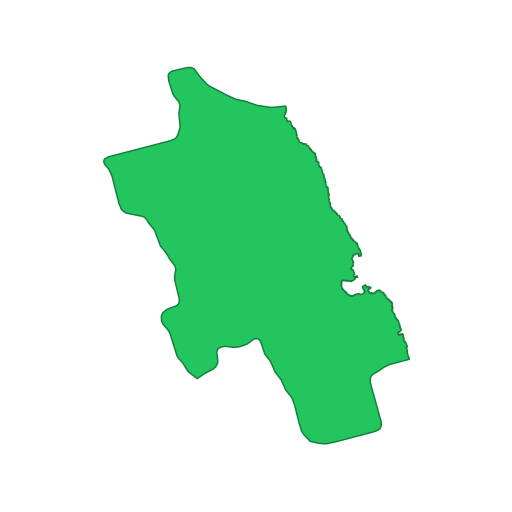 the district of San Pedro de Macorís, San Pedro de Macorís, Dominican Republic, rotated 255°
{"feature_id": "3306468B30679779198976", "entity_name": "San Pedro de Macorís", "entity_type": "district", "adm_level": 2, "iso_a3": "DOM", "parent_name": "Dominican Republic", "parent_adm1": "San Pedro de Macorís", "projection": "natural_earth1", "projection_center": [-69.289, 18.484], "detail": "fine", "context": "isolated", "style": "filled", "palette": "green", "viewbox_px": 512, "rotation_deg": 255, "n_neighbors": 0, "source": "geoboundaries", "source_scale": "gbopen_adm2", "svg_char_len": 6158}
<svg xmlns="http://www.w3.org/2000/svg" viewBox="0 0 512 512"><g transform="rotate(255 256 256)"><path d="M152.8,167.5L155.9,176.4L157.8,185.2L159.5,188.5L162.0,190.9L164.2,191.9L173.6,193.3L175.6,194.6L176.7,196.7L177.1,199.0L176.8,202.7L173.2,211.7L172.6,217.6L173.3,224.9L176.2,232.2L176.2,234.4L175.4,236.5L173.6,237.9L171.4,238.4L159.0,239.1L150.4,242.7L138.7,244.5L130.1,248.2L118.5,250.1L111.2,253.4L108.7,254.1L101.9,254.7L82.4,254.4L75.5,254.7L71.6,255.7L62.9,260.4L58.4,269.1L56.5,274.8L55.9,284.4L55.7,323.6L56.1,328.0L56.9,330.6L57.7,331.7L59.9,333.2L63.6,334.0L101.4,333.6L105.4,333.9L109.0,335.1L110.0,336.0L111.4,338.2L113.2,344.7L115.7,351.4L116.6,357.5L116.6,377.1L118.0,377.1L118.0,377.6L118.4,377.6L118.4,377.1L124.6,377.1L124.6,377.6L128.8,377.6L128.8,378.2L129.8,378.2L129.8,378.7L134.0,378.2L134.0,377.6L135.0,377.6L135.0,377.1L137.8,377.1L137.8,377.6L140.7,377.6L140.7,377.1L141.6,377.1L141.6,377.6L142.5,377.6L142.5,377.1L143.0,377.1L143.0,374.8L142.5,374.8L142.5,373.7L143.0,373.7L143.0,373.2L144.9,373.2L144.9,373.7L145.4,373.7L145.4,374.8L145.9,374.8L145.9,376.0L146.8,376.5L146.8,377.1L149.2,377.1L149.2,376.5L151.1,376.5L151.1,377.1L157.2,376.5L157.2,376.0L158.1,376.0L158.1,375.4L159.6,375.4L159.6,374.8L164.3,374.8L164.3,374.3L167.1,373.7L167.1,373.2L168.5,373.2L168.5,373.7L169.5,373.7L169.5,374.3L170.9,374.3L170.9,374.8L171.4,374.8L171.4,374.3L172.8,374.3L172.8,374.8L175.6,375.4L175.6,374.8L176.6,374.8L176.6,374.3L177.5,374.3L177.5,373.7L178.5,373.7L178.5,373.2L179.4,373.2L179.4,372.6L180.3,372.6L180.8,371.5L182.2,371.5L182.2,370.9L184.6,370.9L184.6,370.4L185.5,370.4L185.5,369.8L187.0,369.8L187.0,369.3L187.9,369.3L188.8,367.6L189.8,367.6L190.3,366.5L191.2,366.5L191.2,364.2L190.7,364.2L190.7,363.1L190.3,363.1L190.3,362.0L189.8,362.0L189.8,360.9L189.3,360.9L189.3,359.2L189.8,359.2L189.8,358.1L190.3,358.1L190.3,357.6L190.7,357.6L190.7,356.4L191.2,356.4L191.2,355.9L192.6,355.9L192.6,355.3L194.1,355.3L194.5,356.4L195.0,356.4L195.0,358.1L195.9,358.7L195.9,358.1L196.9,357.6L196.9,356.4L197.4,356.4L197.4,355.3L197.8,355.3L197.8,354.8L199.7,354.2L199.7,353.7L199.2,353.7L199.2,352.0L198.8,352.0L198.8,350.9L196.9,350.9L196.9,351.4L194.5,351.4L194.5,352.0L193.1,352.0L192.6,350.9L191.7,350.3L191.7,347.0L192.6,346.4L192.6,345.3L193.1,345.3L193.1,341.4L192.6,341.4L192.6,339.7L192.2,339.7L192.2,338.6L192.6,338.6L192.6,337.5L193.1,337.5L193.1,336.4L193.6,336.4L193.6,335.8L194.5,335.8L195.0,334.7L196.9,334.1L196.9,333.6L197.8,333.6L197.8,333.0L198.8,333.0L198.8,332.4L200.7,331.9L200.7,331.3L202.1,331.3L202.1,330.8L205.9,330.8L205.9,331.3L207.8,331.3L207.8,331.9L209.6,331.9L209.6,333.0L210.1,333.0L210.1,334.1L209.6,334.1L209.6,335.2L209.2,335.2L209.2,336.4L208.7,336.4L208.7,337.5L208.2,337.5L208.2,339.1L207.8,339.1L207.8,340.3L207.3,340.3L207.3,341.4L206.8,341.4L207.8,345.3L208.7,345.3L208.7,345.8L209.6,346.4L209.6,347.0L209.2,347.0L209.2,348.6L210.1,348.6L210.1,348.1L210.6,348.1L210.6,345.3L212.5,345.3L212.9,346.4L217.2,346.4L217.7,345.3L218.6,345.3L219.1,344.2L219.6,344.2L220.0,345.3L221.0,345.8L221.0,347.0L221.9,347.0L221.9,347.5L223.8,347.5L224.3,348.6L225.7,348.6L225.7,348.1L229.5,348.1L230.4,349.7L231.4,349.7L231.4,350.3L231.8,350.3L231.8,352.0L232.3,352.0L232.3,354.8L231.8,354.8L231.8,355.3L230.9,355.3L230.9,355.9L230.4,355.9L230.4,355.3L229.0,355.3L229.0,357.6L230.0,357.6L230.0,358.1L235.1,358.1L235.1,357.6L236.6,357.6L236.6,357.0L241.8,357.0L241.8,356.4L242.7,356.4L242.7,355.9L244.6,355.3L245.1,354.2L246.0,354.2L246.0,353.7L247.4,353.7L247.4,353.1L248.4,353.1L248.4,352.5L249.8,352.5L249.8,352.0L250.3,352.0L250.3,352.5L251.2,352.5L251.2,352.0L252.6,352.0L252.6,351.4L255.0,351.4L255.0,350.9L256.9,350.9L256.9,350.3L257.4,350.3L257.4,350.9L260.7,350.9L260.7,351.4L261.1,351.4L261.1,350.9L264.5,350.3L264.5,349.7L267.3,349.2L267.3,348.6L269.6,348.6L270.1,347.5L271.5,347.5L271.5,347.0L273.4,347.0L274.4,345.3L275.8,345.3L275.8,344.7L276.7,344.7L276.7,344.2L277.7,344.2L277.7,343.6L278.6,343.6L278.6,343.1L279.6,343.1L279.6,342.5L281.4,341.9L281.4,341.4L283.3,341.4L283.3,340.8L286.7,340.8L286.7,341.4L288.5,341.4L288.5,340.8L291.4,340.8L291.4,341.4L295.2,341.4L295.2,341.9L296.1,341.9L296.1,342.5L297.0,342.5L297.0,341.9L298.5,341.9L298.5,342.5L301.8,342.5L301.8,343.1L303.7,343.1L303.7,342.5L304.6,342.5L304.6,341.9L308.9,341.9L308.9,342.5L313.1,342.5L313.1,341.9L315.5,341.9L315.5,342.5L317.4,342.5L317.4,341.9L324.5,341.9L324.9,340.8L326.3,340.8L326.3,340.3L329.6,340.3L329.6,340.8L330.1,340.8L330.1,340.3L331.1,340.3L331.1,339.7L331.5,339.7L332.0,338.6L332.5,338.6L332.5,339.1L333.9,339.1L333.9,339.7L336.7,339.7L336.7,339.1L339.6,339.7L339.6,339.1L340.5,339.1L341.0,338.0L342.4,338.0L342.9,336.9L344.3,336.9L344.3,336.4L345.2,336.4L345.2,335.8L346.7,335.8L346.7,335.2L348.5,335.2L349.5,333.6L350.9,333.6L351.4,332.4L351.8,332.4L351.8,330.8L352.3,330.8L352.3,330.2L353.3,329.7L353.3,329.1L353.7,329.1L354.7,327.4L357.5,327.4L357.5,326.9L359.4,326.9L359.4,326.3L362.2,326.3L362.2,326.9L368.4,326.9L368.4,326.3L369.3,326.3L369.3,325.8L369.8,325.8L369.8,325.2L370.8,325.2L370.8,324.6L372.6,324.6L372.6,324.1L376.9,324.1L377.4,323.0L377.8,323.0L377.8,321.3L378.3,321.3L378.3,320.7L381.1,321.3L382.1,319.6L384.5,319.6L385.4,321.3L386.8,321.3L387.3,322.4L389.2,322.4L389.2,323.0L391.1,323.0L391.1,323.5L393.0,323.5L393.0,324.1L395.4,309.8L396.4,307.0L401.4,295.7L408.2,285.8L412.3,277.5L419.6,268.6L432.4,254.8L434.5,253.1L444.9,247.7L452.9,244.7L455.0,241.8L455.8,237.9L456.3,222.2L455.0,219.3L453.2,217.9L447.4,217.0L434.3,217.7L430.7,218.7L424.8,221.4L421.4,221.6L413.2,218.3L400.2,216.1L393.7,212.1L391.2,209.9L390.1,207.5L389.5,201.9L390.0,138.8L389.0,135.2L388.3,134.2L386.3,133.3L383.4,133.6L377.9,136.4L369.5,137.6L342.6,137.2L335.9,138.0L333.7,139.2L331.1,141.6L323.8,156.3L322.5,158.1L320.7,159.3L314.4,161.4L307.2,164.7L290.3,166.3L283.0,169.7L275.1,172.0L267.0,175.2L263.6,175.0L257.8,172.2L254.0,171.3L235.1,170.8L232.7,170.4L230.6,169.4L229.7,168.6L228.5,166.3L227.6,157.1L226.4,153.2L225.1,151.2L222.4,149.0L217.8,148.0L214.3,148.5L207.2,151.9L203.4,152.9L180.4,153.8L176.8,154.9L171.8,157.5L161.7,160.6L152.8,167.5Z" fill="#22c55e" stroke="#15803d" stroke-width="1.5"/></g></svg>